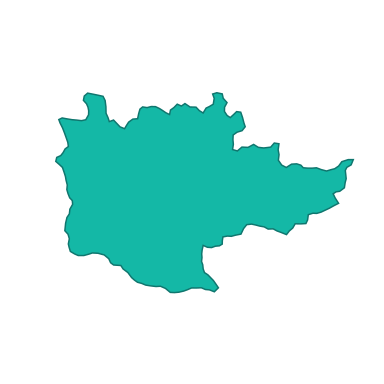 São Gonçalo do Pará, Minas Gerais, Brazil (Albers equal-area conic projection), rotated 105°
{"feature_id": "56859067B13989026202500", "entity_name": "São Gonçalo do Pará", "entity_type": "district", "adm_level": 2, "iso_a3": "BRA", "parent_name": "Brazil", "parent_adm1": "Minas Gerais", "projection": "albers", "projection_center": [-44.836, -19.973], "detail": "fine", "context": "isolated", "style": "filled", "palette": "teal", "viewbox_px": 384, "rotation_deg": 105, "n_neighbors": 0, "source": "geoboundaries", "source_scale": "gbopen_adm2", "svg_char_len": 2883}
<svg xmlns="http://www.w3.org/2000/svg" viewBox="0 0 384 384"><g transform="rotate(105 192 192)"><path d="M280.9,294.1L282.2,289.4L282.8,285.5L281.4,280.1L278.7,275.5L276.7,272.5L275.5,267.0L275.5,260.5L278.0,255.1L281.4,252.3L282.8,248.8L282.1,245.2L281.4,241.7L284.2,238.6L286.4,233.1L290.3,228.2L292.0,224.8L293.3,221.3L293.3,217.0L293.9,212.7L293.4,207.8L292.6,202.3L291.2,198.1L292.0,192.7L294.6,187.0L293.7,182.9L292.2,178.8L289.8,174.3L287.4,170.9L284.8,167.6L283.7,163.3L282.1,158.2L282.7,153.8L282.0,149.8L282.6,144.6L277.7,141.7L274.5,145.4L271.9,148.5L270.0,151.7L267.9,155.2L266.6,159.1L263.4,161.3L259.5,162.8L256.6,164.8L252.7,165.4L249.3,166.6L245.3,167.2L240.7,167.4L241.4,162.8L240.6,158.7L238.3,155.4L236.9,151.6L234.5,149.3L231.2,150.1L227.4,150.5L225.4,146.4L224.6,142.5L222.5,138.9L220.0,133.8L214.0,132.7L209.4,130.7L207.6,126.2L207.4,121.8L207.4,117.7L207.0,113.2L208.1,108.9L206.6,104.0L207.6,99.9L208.0,95.4L208.7,89.7L204.4,87.9L200.8,85.4L196.0,84.1L194.7,78.9L193.0,73.8L189.1,73.1L183.8,73.8L181.2,69.7L180.4,66.0L178.1,62.2L174.8,58.3L172.1,55.1L168.5,51.4L165.0,47.5L160.7,52.2L157.2,55.2L154.5,52.8L153.1,49.5L148.5,45.9L143.2,46.5L139.3,46.5L135.6,47.9L131.5,49.5L128.1,48.8L124.6,45.3L119.0,44.6L120.3,49.5L123.9,55.1L129.0,57.1L132.6,60.2L134.5,63.6L136.9,67.5L136.9,73.2L136.4,78.0L137.9,82.2L139.0,86.4L139.8,90.8L137.9,93.8L137.7,98.1L139.3,103.0L143.9,107.3L142.8,112.3L139.0,116.8L133.4,117.6L129.0,119.7L122.9,120.5L123.4,125.2L128.3,127.6L130.9,134.1L131.7,139.5L130.1,144.8L134.4,149.4L135.7,155.4L140.6,158.8L140.5,163.8L135.2,164.4L130.9,166.0L126.3,167.0L122.6,164.0L119.8,159.5L115.2,157.5L111.9,159.7L106.9,162.5L102.3,165.6L102.8,169.7L106.5,171.9L110.2,174.3L109.0,177.9L105.8,181.5L101.7,182.5L96.6,181.3L93.4,186.1L89.4,188.2L89.7,193.7L92.0,197.4L95.8,194.8L101.7,194.2L105.0,197.4L107.3,200.1L112.8,201.7L111.5,206.0L109.0,210.1L110.4,215.9L108.4,221.7L111.7,224.5L111.0,229.0L115.1,231.3L118.4,234.0L123.0,233.7L122.2,237.8L120.9,241.5L119.8,245.0L119.0,249.3L120.0,253.5L122.1,257.2L122.6,261.7L125.4,263.7L130.1,263.8L135.3,263.5L136.9,268.0L140.9,271.3L144.7,272.5L148.3,273.5L147.7,278.4L145.3,282.3L142.8,286.4L145.4,290.1L142.0,292.3L138.2,295.4L132.0,297.2L126.1,299.6L122.6,302.7L122.8,307.4L123.1,312.5L123.5,318.4L127.2,320.9L131.6,320.6L134.1,316.7L137.0,314.4L140.3,312.8L144.2,311.9L149.7,313.3L151.7,317.2L152.4,322.1L153.2,326.6L153.7,331.6L154.1,336.6L156.5,339.4L159.6,337.2L163.5,333.7L167.6,330.7L171.5,328.0L176.2,324.8L180.1,323.2L183.2,325.7L187.3,326.7L190.8,328.2L193.6,331.6L197.7,331.5L199.7,327.4L201.8,323.5L206.1,320.6L209.9,318.2L213.2,316.7L217.5,314.3L222.1,313.5L225.7,311.3L229.3,308.6L231.3,305.4L234.8,304.1L240.2,305.5L244.9,304.8L249.0,306.2L254.9,306.0L262.3,304.8L264.9,300.8L268.9,298.4L274.2,298.0L277.2,296.4L280.9,294.1Z" fill="#14b8a6" stroke="#0f766e" stroke-width="1.5"/></g></svg>